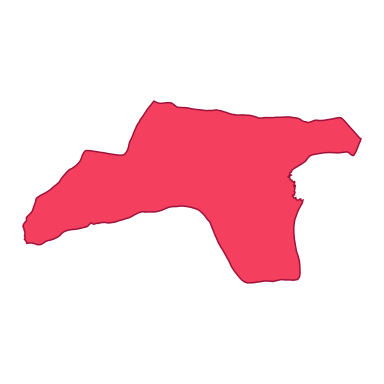 Kanhchriech, Prey Vêng, Cambodia (Natural Earth projection)
{"feature_id": "14789045B7646940366874", "entity_name": "Kanhchriech", "entity_type": "district", "adm_level": 2, "iso_a3": "KHM", "parent_name": "Cambodia", "parent_adm1": "Prey Vêng", "projection": "natural_earth1", "projection_center": [105.547, 11.678], "detail": "fine", "context": "isolated", "style": "filled", "palette": "rose", "viewbox_px": 384, "rotation_deg": 0, "n_neighbors": 0, "source": "geoboundaries", "source_scale": "gbopen_adm2", "svg_char_len": 5086}
<svg xmlns="http://www.w3.org/2000/svg" viewBox="0 0 384 384"><path d="M361.0,138.9L359.2,137.5L356.6,134.6L354.0,131.6L350.5,127.8L347.1,123.9L344.8,121.2L342.4,118.9L340.9,117.8L338.5,117.6L336.4,118.0L334.8,118.3L334.2,118.6L329.4,119.4L327.3,119.7L324.8,120.2L321.4,120.5L318.3,120.5L317.1,120.2L315.0,120.2L312.9,121.0L311.2,121.7L309.0,122.4L307.1,122.5L306.6,121.9L304.4,121.7L302.2,120.8L300.9,119.8L300.0,119.2L298.3,118.4L296.4,118.0L294.0,117.7L291.4,117.2L289.4,117.0L286.7,116.9L283.9,117.1L280.8,117.2L278.2,117.3L277.1,117.3L276.0,117.3L273.0,117.6L269.6,117.6L267.3,117.6L266.0,117.5L264.3,117.7L261.4,118.1L259.0,118.1L257.2,117.4L255.8,116.9L252.9,116.0L249.5,115.3L246.0,115.2L243.4,114.9L240.5,115.0L237.4,115.1L235.5,114.8L231.9,114.3L229.8,113.7L227.0,112.7L223.1,111.5L220.6,110.7L219.1,110.5L216.2,109.9L212.0,110.5L209.1,110.5L205.9,110.6L203.1,110.2L199.5,109.8L195.7,109.4L193.4,109.1L191.6,108.8L190.9,108.6L188.8,108.1L185.8,107.7L183.1,107.6L181.4,107.5L179.2,107.4L178.1,107.3L176.8,107.0L175.8,106.2L174.6,105.2L172.8,103.8L171.4,103.0L170.0,102.7L167.3,102.7L164.7,102.9L161.4,103.4L158.0,103.0L155.9,102.1L153.9,101.1L149.0,107.3L147.2,109.5L145.6,112.0L142.7,116.4L140.7,119.1L139.9,120.2L139.3,121.9L137.7,124.0L136.5,126.4L135.5,128.6L134.3,131.4L133.3,133.9L132.0,137.3L130.6,140.0L129.6,142.0L128.9,145.0L128.2,148.1L127.3,150.5L126.3,152.1L124.6,154.4L122.7,155.1L120.7,155.2L116.8,154.9L113.9,154.5L110.7,154.0L108.2,153.6L105.2,153.0L101.9,152.5L99.4,152.2L96.4,151.6L94.3,151.3L92.5,151.1L90.6,150.7L88.2,150.6L86.3,150.5L85.1,151.0L83.7,152.7L82.4,155.2L81.4,158.0L80.9,159.4L79.9,161.3L78.3,163.3L76.3,165.3L74.1,167.0L72.9,167.8L71.7,168.6L69.2,169.7L67.1,171.8L64.0,175.3L61.6,178.2L58.9,182.4L55.8,185.1L52.8,187.4L51.3,188.9L50.2,189.8L49.0,190.6L47.5,191.6L45.3,192.9L43.9,193.7L41.8,194.7L39.9,195.8L38.0,197.0L36.6,198.2L36.2,198.8L35.9,199.8L35.5,201.6L35.2,202.9L34.6,204.4L34.0,206.1L33.5,207.3L33.1,208.6L32.7,210.2L32.2,211.2L31.0,212.6L30.2,213.6L29.2,214.7L27.9,215.9L26.8,217.1L26.3,218.1L26.5,219.5L26.5,220.8L25.0,222.3L23.6,224.2L23.0,225.8L23.1,226.9L23.8,228.3L24.2,229.8L24.2,230.7L24.7,231.3L25.0,232.7L24.9,234.5L24.6,235.6L24.5,236.2L25.2,237.3L24.9,238.4L24.4,239.4L25.2,240.1L26.1,241.4L26.6,242.4L26.8,243.4L27.9,243.1L29.0,243.0L29.8,243.0L31.2,243.0L32.9,243.2L34.5,243.6L35.3,243.9L36.1,244.2L36.7,244.5L37.8,244.7L38.6,244.7L39.4,244.6L40.3,244.6L41.1,244.3L42.2,243.8L43.3,243.1L44.9,242.0L46.2,241.2L48.0,240.6L50.7,240.0L52.7,239.4L54.6,238.6L56.9,237.5L59.3,236.0L61.2,234.0L63.0,232.3L64.9,231.4L66.6,230.7L68.5,230.1L70.4,229.8L72.1,229.5L74.4,229.4L76.3,229.1L78.3,228.8L80.1,228.4L82.4,227.8L84.3,227.3L86.7,226.8L87.8,226.0L89.1,224.8L90.1,223.6L91.2,222.8L91.9,223.2L92.8,223.9L94.0,224.2L95.2,223.8L96.8,223.3L97.9,223.2L98.5,223.5L99.6,223.0L100.2,222.8L101.8,222.6L104.5,222.4L108.6,223.0L111.4,222.6L114.8,222.1L117.0,221.4L119.8,220.4L122.4,219.8L124.7,219.0L127.1,218.3L129.6,217.5L132.3,216.1L135.1,214.5L139.0,212.6L139.6,212.4L140.1,212.3L141.2,212.0L142.1,211.8L142.9,211.6L144.6,212.1L146.6,211.9L148.5,211.9L151.0,211.9L153.3,212.0L156.3,211.7L158.7,211.1L161.5,210.3L163.7,209.4L166.7,208.1L169.1,207.2L171.5,206.7L174.3,206.6L176.8,206.5L180.5,206.0L183.4,206.1L186.5,206.5L190.1,207.1L192.7,207.8L195.6,208.7L197.7,209.5L199.6,210.7L202.4,213.1L204.6,215.6L208.0,220.1L208.4,220.6L209.9,221.9L210.9,224.6L212.2,228.1L213.5,231.1L214.9,234.8L216.6,238.4L218.2,242.3L219.5,244.7L221.2,247.7L222.9,250.2L224.7,253.5L226.7,257.1L229.1,261.3L231.4,266.5L233.2,269.3L234.1,270.7L237.0,274.4L239.4,277.4L242.2,280.3L244.5,281.9L247.6,282.9L250.5,282.8L254.3,282.6L257.1,282.1L261.0,281.6L263.5,281.1L267.0,281.0L270.3,281.2L272.9,281.5L275.9,280.8L278.4,280.2L281.0,279.6L281.6,279.6L282.6,279.7L285.0,279.9L289.3,279.9L293.8,280.2L297.6,279.5L299.2,277.4L299.8,275.6L300.0,273.2L300.0,269.6L299.8,265.9L299.5,261.7L298.4,256.9L296.5,251.5L295.6,246.5L294.4,239.3L293.8,232.7L293.8,229.0L293.8,226.2L294.9,219.3L296.3,215.5L297.3,212.6L298.6,209.6L300.7,205.8L302.4,202.8L302.9,200.2L301.8,200.8L301.1,200.4L300.9,199.2L300.1,198.9L299.1,199.7L298.1,200.2L297.4,200.0L296.6,199.9L296.1,199.5L295.8,197.6L294.6,198.0L293.9,197.8L292.7,196.1L292.6,195.3L294.5,194.9L294.3,194.1L294.7,193.5L295.0,192.2L294.1,191.7L294.4,191.2L294.8,188.9L294.9,188.0L294.5,187.3L295.3,186.5L295.2,185.8L294.5,186.4L294.0,186.3L294.1,185.2L294.5,184.9L294.1,184.0L294.3,183.5L294.7,182.8L294.8,182.2L294.5,181.6L293.4,182.1L292.5,181.2L291.9,180.4L291.3,180.7L290.9,179.9L290.1,179.4L289.9,178.2L289.4,177.0L288.6,177.3L288.1,176.5L288.7,175.8L289.6,176.0L289.8,175.1L290.6,175.6L291.3,175.1L290.2,174.5L289.6,173.2L290.1,172.6L291.1,172.3L291.7,171.1L292.1,170.1L293.8,168.6L297.1,166.7L302.2,163.6L305.6,161.1L307.7,158.2L309.9,155.9L312.7,154.7L317.7,153.8L323.7,152.8L329.5,152.5L334.0,152.7L338.2,152.9L342.8,152.4L346.6,151.9L348.9,152.6L350.8,154.5L353.0,155.6L353.8,155.2L354.4,154.4L355.6,152.3L357.3,148.4L358.9,144.2L360.1,141.5L361.0,138.9Z" fill="#f43f5e" stroke="#9f1239" stroke-width="1.5"/></svg>